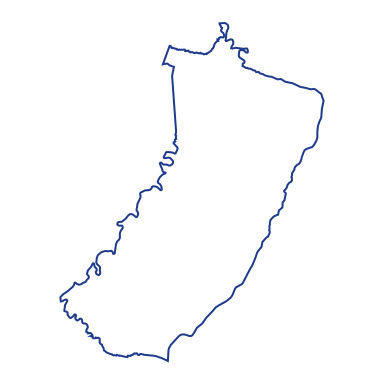 Khun Tan, Chiang Rai, Thailand
{"feature_id": "78962969B25374198487057", "entity_name": "Khun Tan", "entity_type": "district", "adm_level": 2, "iso_a3": "THA", "parent_name": "Thailand", "parent_adm1": "Chiang Rai", "projection": "orthographic", "projection_center": [100.257, 19.884], "detail": "fine", "context": "isolated", "style": "outline", "palette": "blue", "viewbox_px": 384, "rotation_deg": 0, "n_neighbors": 0, "source": "geoboundaries", "source_scale": "gbopen_adm2", "svg_char_len": 5868}
<svg xmlns="http://www.w3.org/2000/svg" viewBox="0 0 384 384"><path d="M169.6,45.9L162.9,64.3L164.9,63.8L167.4,63.6L169.6,65.3L173.9,66.9L172.1,75.8L176.1,131.7L175.7,134.0L175.3,134.8L176.2,136.0L175.8,137.0L176.2,138.8L174.9,139.6L174.8,141.0L175.2,141.6L173.8,142.4L173.5,143.1L174.0,143.8L177.3,147.3L177.7,148.4L176.4,151.7L175.5,153.4L174.7,153.6L173.2,152.8L171.3,152.3L166.6,152.0L165.7,152.9L165.0,154.8L163.7,156.8L163.8,157.7L164.6,158.2L168.6,157.6L170.3,158.1L172.4,160.3L173.1,161.4L172.9,163.2L172.0,164.4L170.2,165.5L169.1,165.6L167.2,164.7L163.3,164.5L161.0,162.6L160.3,162.8L159.9,163.2L159.9,163.9L161.8,168.3L162.8,171.4L163.4,172.0L165.5,172.7L165.3,173.4L162.6,174.5L160.4,176.6L159.4,177.9L157.8,181.2L157.8,182.0L158.4,183.1L160.0,184.2L161.2,186.1L161.6,187.8L161.7,189.6L161.2,190.1L160.4,190.1L157.3,187.1L155.5,186.5L153.1,186.3L152.1,186.8L151.4,188.6L150.0,189.8L148.6,190.2L145.1,190.4L140.6,192.6L140.1,193.9L140.5,195.7L140.4,197.6L137.4,204.1L137.1,207.1L136.5,209.6L136.7,210.8L137.7,211.9L138.2,213.4L138.0,214.7L137.2,216.6L136.6,217.1L136.1,217.1L132.6,214.4L131.3,214.1L129.8,214.2L128.3,215.4L125.7,218.6L122.6,221.2L121.5,221.8L118.5,222.1L117.4,223.2L117.3,224.5L117.9,225.2L119.2,225.7L121.8,225.6L122.6,226.3L122.7,227.8L122.4,228.7L121.0,230.4L120.2,232.2L119.8,234.2L119.9,237.4L119.6,238.6L118.9,239.8L117.1,241.6L116.0,244.2L114.7,253.3L114.0,253.9L113.2,253.8L112.5,251.9L111.5,250.9L107.9,251.3L105.1,251.0L101.2,252.3L98.7,254.4L97.7,255.6L96.8,258.1L96.3,262.4L96.9,264.0L99.5,266.4L100.0,267.4L100.1,268.2L99.8,270.0L100.3,273.1L99.8,274.3L99.2,274.9L98.4,275.0L96.9,274.3L96.1,273.4L95.7,272.0L96.7,270.5L96.7,269.2L96.1,268.2L94.6,266.7L94.1,264.0L93.6,263.4L92.8,263.4L91.0,267.0L88.2,270.1L87.6,271.3L87.1,273.2L87.1,274.2L88.8,276.4L88.9,277.4L88.3,278.5L86.5,280.3L85.6,281.9L83.0,282.9L81.2,284.2L79.0,284.7L77.1,284.1L75.4,282.6L74.7,282.7L74.4,283.2L74.0,284.9L72.9,286.7L67.4,291.4L63.0,294.4L60.8,296.7L60.4,297.6L60.8,301.4L62.0,301.4L63.9,300.2L65.8,299.5L66.5,299.6L67.3,300.4L67.2,301.3L65.1,304.9L64.3,310.7L64.5,311.1L66.6,311.7L67.5,312.5L67.6,314.8L69.5,317.5L70.5,318.0L71.3,317.7L73.6,315.9L74.4,314.5L74.8,314.4L75.6,314.7L75.9,315.2L76.0,316.0L75.2,317.9L75.7,319.2L76.6,320.2L77.4,320.5L78.0,320.3L79.9,318.7L80.7,318.6L81.2,319.0L82.0,319.8L82.1,321.7L82.8,323.1L83.3,323.4L85.2,323.5L86.2,323.9L87.1,324.9L87.7,326.3L87.8,327.5L86.5,329.6L86.2,331.6L86.7,331.7L87.2,332.4L87.7,332.5L88.0,333.2L88.3,332.9L88.8,333.3L90.2,332.9L91.0,333.3L91.8,334.2L92.3,335.3L90.6,336.1L91.8,336.3L92.2,336.8L92.7,336.7L92.6,337.6L93.2,338.2L94.9,338.3L95.7,338.1L95.9,337.6L96.6,338.0L98.2,337.7L99.2,338.2L99.6,338.7L99.8,339.8L99.5,341.1L99.8,341.8L99.6,342.2L100.2,343.6L102.1,344.9L102.5,346.5L103.5,347.9L104.0,350.5L105.0,351.0L106.3,352.3L109.5,353.7L112.3,354.5L112.5,354.9L113.5,355.4L114.4,355.2L116.3,355.5L116.7,354.9L119.3,355.7L119.7,355.5L125.6,356.9L127.5,357.1L127.7,356.9L127.9,355.7L130.7,355.9L131.0,355.2L132.5,354.9L134.1,353.5L134.7,353.7L135.0,353.4L135.5,353.6L136.6,353.3L137.3,353.9L137.7,354.7L138.6,355.0L139.1,355.0L140.2,354.1L141.0,353.9L144.2,354.8L154.5,355.8L156.1,356.2L162.0,358.2L167.9,361.0L168.5,350.0L169.0,348.2L170.8,344.9L178.0,337.1L179.9,335.3L182.1,334.4L185.2,334.6L189.4,336.0L191.0,336.0L192.2,335.4L194.2,332.6L196.8,327.9L202.2,323.6L206.3,317.7L212.3,311.5L215.6,307.5L218.9,305.3L226.5,301.1L230.7,297.7L232.5,295.0L234.9,289.0L235.8,287.5L241.2,284.5L242.2,283.9L242.9,282.8L249.5,270.1L252.3,265.3L255.3,258.1L257.0,253.1L258.0,251.2L261.5,246.9L262.5,241.8L267.0,237.0L268.2,236.5L268.4,235.6L269.6,233.3L269.7,231.6L269.2,230.3L269.6,228.7L269.4,226.1L269.9,224.7L269.9,222.5L270.5,220.0L273.5,216.7L275.7,215.5L278.2,214.6L278.4,212.5L279.2,210.2L282.4,207.5L282.7,202.1L283.6,201.3L284.5,200.1L285.8,193.6L285.7,193.1L284.2,191.6L284.1,190.9L286.2,188.5L286.8,187.5L287.4,185.3L288.3,183.9L289.4,182.6L290.8,182.0L291.9,180.7L291.9,178.0L291.4,177.1L291.9,175.9L292.1,173.2L294.5,169.3L294.5,168.2L295.0,167.2L296.7,165.2L299.1,163.7L300.0,162.6L301.2,159.9L301.7,157.5L303.3,153.0L304.5,150.3L306.4,149.0L312.1,147.0L313.8,145.2L316.2,141.2L317.3,137.6L317.4,131.2L317.9,126.2L319.4,121.6L320.7,119.0L321.3,116.9L321.9,108.8L323.6,100.7L322.1,96.8L321.4,94.1L315.3,89.4L314.0,88.9L311.6,89.3L310.0,89.1L305.6,87.9L300.4,86.9L292.7,83.3L285.2,81.7L281.2,79.2L280.2,79.0L277.6,79.4L271.7,76.8L268.7,76.4L265.2,75.5L263.0,74.2L259.7,73.3L259.3,72.5L258.6,72.0L256.2,72.1L255.0,70.6L252.9,70.2L252.5,69.7L250.2,68.7L248.3,68.6L247.6,67.9L246.1,68.0L243.5,66.4L242.6,66.2L242.8,63.6L244.3,62.8L244.5,61.2L243.9,60.3L240.0,57.8L239.0,56.6L238.8,55.1L239.2,51.4L239.5,50.8L240.2,50.2L242.6,50.1L244.5,50.9L246.0,52.5L247.3,52.6L247.7,52.3L247.9,51.4L247.6,49.6L247.1,48.7L246.5,48.4L243.7,48.8L235.4,47.8L232.2,48.6L231.2,48.3L231.7,46.4L233.2,44.0L233.3,41.9L232.6,40.0L231.8,39.5L230.7,39.4L229.4,39.7L226.5,41.1L225.9,41.0L225.6,40.6L226.5,32.5L227.2,30.4L228.1,28.8L228.4,27.3L227.8,25.0L226.2,23.6L224.2,23.0L219.5,23.4L219.8,24.5L221.0,26.5L221.2,27.3L222.1,27.9L221.8,28.9L221.1,29.8L221.0,30.5L221.4,31.4L223.2,33.1L223.9,34.2L224.1,35.6L223.7,37.1L222.9,37.5L220.6,37.1L220.0,37.6L219.3,37.7L218.8,38.4L218.8,39.3L217.4,39.3L217.5,40.1L218.1,41.0L216.9,41.3L215.2,43.0L214.0,45.4L213.9,46.3L213.6,47.2L213.2,47.6L213.1,48.3L212.5,48.5L212.1,49.0L211.2,50.8L207.8,53.1L206.9,53.3L206.8,53.9L206.5,54.1L205.6,53.9L203.8,54.3L201.9,53.4L201.3,53.6L200.6,52.8L199.6,53.3L198.9,53.1L198.4,53.3L196.4,52.5L194.8,53.2L193.6,52.8L192.7,52.2L190.2,52.3L190.0,51.8L189.3,51.8L188.3,50.7L187.7,51.0L186.9,50.7L185.8,51.2L185.2,51.1L185.0,49.9L184.7,49.6L180.2,49.8L179.5,49.5L178.3,49.9L177.1,49.6L177.1,49.2L175.9,48.7L174.8,48.7L173.7,48.0L172.6,48.1L172.2,47.8L171.5,47.9L170.7,46.1L169.6,45.9Z" fill="none" stroke="#1e3a8a" stroke-width="2"/></svg>